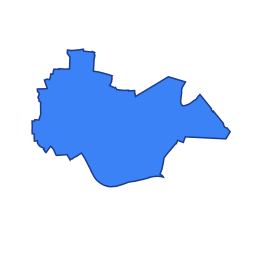 Middelburg, Zeeland, Netherlands, rotated 18°
{"feature_id": "6326949B99945652837924", "entity_name": "Middelburg", "entity_type": "district", "adm_level": 2, "iso_a3": "NLD", "parent_name": "Netherlands", "parent_adm1": "Zeeland", "projection": "albers", "projection_center": [3.627, 51.502], "detail": "fine", "context": "isolated", "style": "filled", "palette": "blue", "viewbox_px": 256, "rotation_deg": 18, "n_neighbors": 0, "source": "geoboundaries", "source_scale": "gbopen_adm2", "svg_char_len": 5011}
<svg xmlns="http://www.w3.org/2000/svg" viewBox="0 0 256 256"><g transform="rotate(18 128 128)"><path d="M178.9,126.6L179.0,124.4L181.8,124.5L185.0,124.7L185.3,118.7L201.1,114.4L224.4,108.1L224.9,106.1L226.3,100.0L222.3,97.4L221.6,97.5L221.2,97.5L220.8,97.5L220.3,97.4L219.9,97.2L219.6,97.1L219.3,96.9L219.1,96.8L218.8,96.5L218.3,96.0L217.9,95.3L217.8,95.2L217.2,94.1L204.0,85.6L203.9,85.9L203.8,86.4L203.5,86.3L203.5,86.2L203.4,86.0L203.3,85.9L203.1,85.8L202.4,85.6L202.2,85.5L201.9,85.2L201.7,84.9L201.6,84.7L201.5,84.4L201.3,83.8L186.1,73.9L185.5,75.0L185.3,75.6L185.0,76.3L184.5,77.8L184.3,78.5L184.2,79.0L184.0,79.5L183.8,79.8L183.5,80.2L183.3,80.6L183.0,80.8L182.5,81.2L182.0,81.8L181.6,82.5L180.3,84.4L179.0,86.0L178.0,87.0L176.2,88.3L175.5,88.9L174.9,89.3L174.4,89.5L174.0,89.7L173.1,90.0L171.2,88.7L170.9,88.5L170.8,88.3L170.5,87.9L170.3,87.4L170.1,87.0L169.9,86.5L169.8,86.0L169.6,85.4L168.2,78.5L167.9,77.3L167.2,75.0L167.1,74.4L167.1,73.9L167.1,73.4L167.2,71.8L167.5,70.6L167.8,69.5L167.9,69.0L168.0,68.5L168.4,66.4L150.6,66.8L150.0,67.4L149.8,67.7L149.2,68.3L147.5,70.3L146.9,71.0L145.2,72.9L144.7,73.6L135.6,84.0L135.4,84.3L134.1,85.7L133.9,86.0L132.7,87.4L130.8,89.5L125.4,95.7L124.5,94.0L124.4,94.1L123.5,92.3L122.7,90.3L117.2,92.5L116.9,91.9L111.7,93.8L111.7,93.7L105.6,94.9L104.6,94.2L104.4,94.1L103.3,93.3L102.9,93.9L97.6,93.3L97.7,93.2L97.8,92.9L97.8,92.4L97.8,91.1L97.8,90.9L97.9,90.6L98.0,90.2L98.0,89.4L98.0,89.0L98.0,88.8L98.0,88.6L97.9,88.5L97.9,88.3L97.7,88.0L97.6,87.8L97.6,87.7L97.8,87.2L97.5,86.2L97.3,85.4L97.1,84.9L96.9,84.6L96.8,84.3L96.8,83.9L96.9,83.3L96.6,83.3L95.7,83.2L95.5,83.3L92.7,83.2L92.2,83.3L90.7,83.3L90.0,83.3L89.3,83.4L88.7,83.4L87.0,83.5L85.2,83.7L83.3,83.7L82.1,83.9L77.6,84.7L76.8,81.7L75.0,75.0L74.9,74.7L74.5,73.1L74.5,72.5L74.4,72.2L74.2,69.9L74.0,68.9L73.7,68.7L73.2,68.6L73.0,68.4L73.0,67.6L73.1,66.5L72.8,66.5L71.7,66.4L70.5,66.2L70.4,66.2L70.5,66.9L62.0,68.6L61.2,67.0L61.2,66.9L59.9,67.4L58.9,68.0L58.2,68.4L58.3,68.4L55.0,69.8L53.2,70.6L50.2,71.8L49.9,71.9L48.1,72.2L47.7,72.3L46.3,72.6L47.2,75.8L47.3,75.9L50.8,78.4L50.9,78.5L51.5,80.7L52.0,82.4L53.0,86.0L54.1,89.8L50.5,91.3L43.9,93.0L43.9,93.6L39.3,95.0L39.8,100.1L37.8,100.4L37.8,100.5L37.9,101.0L38.0,101.4L38.2,102.6L38.3,103.1L38.4,103.5L38.4,104.1L38.5,106.0L38.3,106.3L37.9,106.5L36.9,106.3L36.7,106.3L36.3,106.4L36.1,106.4L35.9,106.6L35.7,106.8L35.4,107.0L35.2,107.0L34.8,107.3L33.8,108.2L33.7,108.3L34.0,108.7L36.6,112.3L36.9,112.6L37.3,113.1L37.6,113.4L38.4,114.5L38.8,115.0L39.0,115.2L38.6,115.6L38.3,115.9L38.0,116.0L30.8,118.5L30.5,118.6L29.7,119.0L29.8,119.2L30.6,121.1L30.8,121.4L30.9,121.5L31.4,121.5L31.8,121.9L32.5,122.2L32.8,122.4L32.9,122.7L33.0,123.2L33.1,123.7L33.1,124.1L32.9,126.7L33.0,126.8L33.7,127.6L33.8,127.6L34.0,127.9L34.5,128.3L34.7,128.6L34.8,128.7L34.8,128.8L34.8,129.0L34.9,129.6L35.0,129.8L35.1,130.0L35.3,130.1L35.8,130.1L36.1,130.1L36.6,130.2L36.8,130.3L36.9,130.5L37.0,130.6L37.0,130.9L37.0,131.0L37.1,131.3L37.3,131.5L37.3,131.8L40.1,140.0L40.7,141.6L40.8,143.9L40.8,144.2L40.7,144.4L40.7,144.6L40.7,146.0L40.8,147.7L40.8,147.8L40.6,148.0L37.7,148.7L37.0,148.9L36.8,149.0L36.7,149.1L36.7,150.0L36.7,150.3L36.6,150.5L36.0,150.7L35.6,150.7L35.3,150.8L34.9,150.9L34.6,151.0L36.4,156.0L36.5,156.4L36.8,157.4L37.5,159.6L37.5,159.9L37.5,160.0L37.8,160.7L38.7,163.1L39.0,163.0L40.5,162.7L43.0,169.4L45.1,168.5L45.8,168.2L45.9,168.5L46.3,169.4L46.5,170.0L46.7,170.3L47.0,170.6L47.1,170.8L47.4,171.0L49.5,172.4L49.9,172.6L50.1,172.7L50.6,172.8L54.5,173.3L54.4,174.6L55.4,174.8L56.0,176.0L57.6,176.7L60.0,169.2L62.0,170.3L63.6,171.2L65.9,173.7L66.1,173.9L68.2,176.2L72.3,174.6L78.3,172.1L78.6,172.5L82.8,176.3L82.8,176.0L82.8,175.8L83.5,175.1L83.8,175.0L84.2,174.9L84.3,174.8L84.7,174.4L84.8,174.2L85.5,173.1L86.8,171.7L87.8,170.9L88.0,170.6L89.4,168.8L90.9,166.9L91.3,166.5L91.5,166.3L92.6,167.2L94.1,168.3L94.7,168.9L96.6,170.5L97.7,171.5L98.1,171.9L98.1,172.1L99.5,173.3L100.3,174.2L101.7,175.6L102.9,176.8L104.3,178.1L105.2,179.1L105.7,179.5L106.2,180.0L106.3,180.1L106.2,180.4L111.0,184.9L111.2,185.1L112.4,186.0L113.1,186.5L113.4,186.7L114.0,187.0L115.7,187.8L116.5,188.2L117.3,188.5L117.9,188.7L119.4,189.1L120.2,189.3L121.7,189.6L122.5,189.7L123.4,189.8L124.1,189.8L124.6,189.8L125.6,189.8L126.4,189.8L127.4,189.7L128.1,189.5L128.9,189.4L130.0,189.1L132.4,188.1L134.7,187.1L135.4,186.7L136.6,185.9L136.8,185.7L138.7,184.4L140.0,183.5L140.9,182.8L142.4,181.6L145.3,179.3L146.0,178.9L147.3,178.2L148.9,177.5L150.1,176.9L150.7,176.6L151.1,176.4L152.1,175.8L154.4,174.4L155.7,173.6L158.2,172.2L163.5,168.7L163.5,168.3L167.7,166.1L168.4,165.8L169.3,165.4L170.0,165.2L170.7,164.9L171.5,164.6L172.0,164.5L173.3,164.2L174.5,164.0L175.9,163.8L176.0,163.8L176.8,163.8L176.4,163.4L176.0,163.1L175.4,162.8L175.0,162.6L174.5,162.4L173.9,162.3L173.3,162.2L172.7,162.1L173.0,156.9L172.4,151.4L172.2,149.4L172.1,149.0L171.5,145.2L172.4,142.7L172.4,142.3L178.2,128.3L178.3,128.1L178.3,127.9L178.8,127.9L178.9,126.6Z" fill="#3b82f6" stroke="#1e3a8a" stroke-width="1.5"/></g></svg>